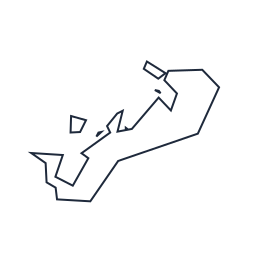 an SVG outline of Nenets, rotated 340°
{"feature_id": "RUS-2381", "entity_name": "Nenets", "entity_type": "Autonomous Province", "adm_level": 1, "iso_a3": "RUS", "parent_name": "Russia", "parent_adm1": "", "projection": "mercator", "projection_center": [54.749, 68.144], "detail": "coarse", "context": "isolated", "style": "outline", "palette": "slate", "viewbox_px": 256, "rotation_deg": 340, "n_neighbors": 0, "source": "natural_earth", "source_scale": "10m", "svg_char_len": 730}
<svg xmlns="http://www.w3.org/2000/svg" viewBox="0 0 256 256"><g transform="rotate(340 128 128)"><path d="M36.9,170.8L39.6,159.3L32.9,151.2L38.6,132.8L28.5,118.4L57.5,131.1L43.1,149.0L56.4,163.3L80.4,142.8L75.7,135.8L109.7,126.2L109.0,119.0L122.8,110.7L128.9,110.0L116.9,127.8L131.3,130.2L167.2,109.9L174.3,126.2L185.8,112.3L178.5,95.5L185.5,88.1L217.7,98.7L227.5,120.9L191.7,157.2L107.5,155.6L67.5,184.0L36.9,170.8ZM91.2,106.3L81.6,115.4L72.5,112.6L78.6,97.3L91.2,106.3ZM182.0,89.3L173.3,92.0L163.1,77.8L168.5,72.0L182.0,89.3ZM98.7,122.2L101.6,122.6L95.4,125.2L98.7,122.2ZM169.7,103.7L170.5,106.4L166.2,101.5L169.7,103.7ZM126.0,127.0L126.7,128.1L125.6,128.2L126.0,127.0Z" fill="none" stroke="#1e293b" stroke-width="2"/></g></svg>